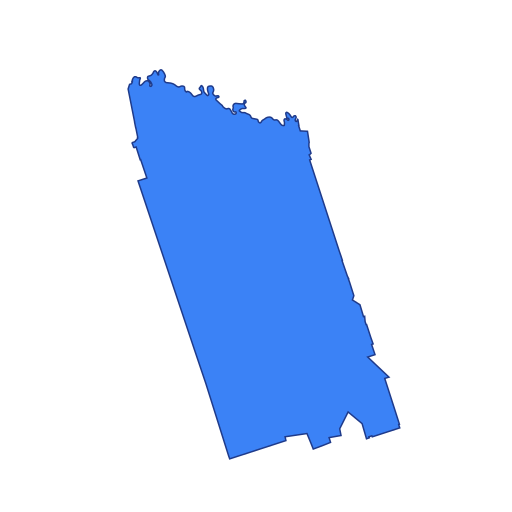 Reynosa, Tamaulipas, Mexico (Equal Earth projection), rotated 342°
{"feature_id": "50627088B72181114245692", "entity_name": "Reynosa", "entity_type": "district", "adm_level": 2, "iso_a3": "MEX", "parent_name": "Mexico", "parent_adm1": "Tamaulipas", "projection": "equal_earth", "projection_center": [-98.326, 25.837], "detail": "fine", "context": "isolated", "style": "filled", "palette": "blue", "viewbox_px": 512, "rotation_deg": 342, "n_neighbors": 0, "source": "geoboundaries", "source_scale": "gbopen_adm2", "svg_char_len": 5909}
<svg xmlns="http://www.w3.org/2000/svg" viewBox="0 0 512 512"><g transform="rotate(342 256 256)"><path d="M168.5,325.4L168.9,361.9L168.2,437.7L168.3,440.8L227.4,440.8L227.8,436.9L249.6,440.6L250.4,450.9L250.8,457.3L261.9,456.8L269.3,456.3L269.4,451.3L281.4,453.0L282.2,446.2L295.4,432.8L305.1,448.2L304.6,464.0L307.6,463.9L307.5,462.8L310.6,462.8L310.7,463.9L339.6,463.9L339.6,460.4L340.4,460.4L340.5,445.6L340.6,412.2L345.0,412.3L331.0,386.6L338.7,386.6L338.6,375.8L340.2,375.8L340.0,369.0L340.0,355.4L339.5,355.3L339.5,352.1L340.7,346.9L339.5,346.9L339.8,334.5L334.1,327.6L336.8,324.0L336.9,310.0L336.8,306.2L337.1,306.2L336.7,303.3L336.4,287.0L336.8,286.9L336.8,282.2L336.8,281.9L336.7,277.5L336.7,181.2L338.3,181.1L337.8,176.3L338.1,176.3L340.1,175.3L340.1,174.7L340.1,168.4L340.8,166.2L341.1,165.3L341.6,164.6L341.8,163.7L343.5,153.3L336.8,150.7L336.8,145.3L337.1,145.3L338.0,139.2L337.8,138.9L336.6,140.3L336.1,140.5L335.8,140.5L335.5,140.1L335.3,139.9L335.2,139.3L335.3,138.8L335.4,138.5L335.9,137.9L336.6,137.2L337.0,136.6L337.1,136.3L337.1,135.8L336.9,135.0L336.8,134.8L336.3,134.6L335.6,134.5L334.7,134.9L334.0,135.4L333.5,135.5L333.0,135.3L332.8,135.1L332.5,134.5L332.0,132.5L331.3,130.8L330.8,130.0L329.7,128.8L329.1,128.9L328.7,129.1L328.5,129.3L328.3,130.0L328.2,130.7L328.1,132.6L328.0,133.6L328.0,134.0L328.4,134.5L329.2,135.0L329.4,135.3L329.6,135.9L329.6,136.2L329.4,136.5L329.0,136.9L328.4,136.9L328.2,136.7L327.5,135.5L327.0,135.0L326.7,134.8L326.1,134.6L325.6,134.5L325.4,134.6L324.7,135.3L324.5,135.9L324.3,138.0L323.6,139.8L323.3,140.5L322.8,140.6L322.1,140.3L321.2,139.8L320.8,139.3L320.3,138.3L319.1,134.8L318.6,133.8L318.4,133.5L318.1,133.2L317.5,132.8L315.6,132.4L315.1,132.0L314.5,131.3L314.2,130.5L313.7,129.5L313.1,128.8L312.2,128.2L311.2,127.9L310.2,127.7L309.1,127.7L308.2,127.8L306.1,128.5L304.2,128.9L303.2,129.4L302.2,130.3L301.9,130.5L301.2,130.7L300.9,130.6L300.5,130.4L300.1,129.8L299.8,129.1L299.8,127.3L299.7,126.9L299.2,126.3L295.1,124.0L294.5,123.4L294.2,122.7L294.1,121.3L293.9,120.6L293.8,120.3L293.4,119.7L293.0,119.2L291.2,117.7L289.9,116.4L289.4,116.1L287.3,115.4L286.7,115.1L286.3,114.7L285.8,113.9L285.2,113.3L285.0,113.0L285.0,112.8L285.1,112.5L285.5,112.1L287.5,111.5L288.7,111.5L290.3,112.1L290.9,112.3L291.8,112.3L292.2,112.1L292.3,111.8L292.3,111.6L291.8,110.3L291.6,109.2L291.6,108.5L291.8,108.0L292.4,107.3L293.6,107.0L293.9,106.7L294.1,106.5L294.2,105.9L294.2,105.3L294.1,104.8L293.9,104.5L293.2,104.5L292.7,104.7L292.4,105.3L291.9,106.4L291.6,106.7L291.2,107.0L290.6,107.2L290.3,107.2L289.5,107.0L286.8,105.9L284.0,104.6L283.3,104.5L282.8,104.5L282.2,104.6L281.7,104.9L281.2,105.2L280.5,106.2L280.4,106.5L280.3,107.6L280.2,107.9L279.2,109.5L279.1,109.9L279.1,110.4L279.2,111.1L279.4,111.7L279.7,112.1L280.0,112.3L280.4,112.5L281.0,112.5L281.4,112.8L281.5,113.3L281.4,113.9L281.0,114.4L280.5,114.6L279.1,114.5L278.4,114.1L277.9,113.5L277.5,112.7L277.3,111.0L276.9,109.5L276.8,108.9L276.6,108.2L276.1,107.6L275.5,107.2L275.2,107.1L274.1,107.1L273.2,106.9L272.0,105.9L271.8,105.6L271.2,104.7L270.6,103.6L270.4,102.4L270.2,102.1L268.8,99.9L266.3,95.3L266.2,94.8L266.3,94.3L266.5,94.0L266.8,93.7L267.1,93.6L267.6,93.5L269.0,93.6L269.5,93.5L269.9,93.2L270.0,92.8L269.9,92.5L269.6,92.0L269.1,91.8L268.3,91.6L267.4,91.6L266.9,91.4L266.5,91.1L266.0,90.5L265.4,89.4L265.2,88.4L265.1,88.0L265.2,87.6L265.4,87.3L266.1,86.6L266.6,85.9L267.1,85.0L267.3,84.0L267.3,83.0L267.3,82.4L267.1,81.8L266.6,80.9L266.3,80.7L265.8,80.4L264.6,80.1L263.1,80.0L262.4,80.4L262.1,80.7L261.6,81.7L261.3,82.7L261.2,83.4L261.1,84.5L261.1,87.2L260.9,87.8L260.7,88.1L260.1,88.4L259.8,88.5L259.5,88.5L259.3,88.3L258.5,86.8L257.4,84.4L257.2,83.3L257.3,82.7L257.7,80.3L257.7,79.1L257.6,78.7L257.1,77.4L257.0,77.2L256.7,77.1L256.3,77.2L255.8,77.5L255.0,78.3L254.2,78.7L253.8,79.2L253.8,80.1L254.7,81.6L254.9,82.1L255.0,82.6L254.9,83.8L254.8,84.2L254.6,84.5L254.1,85.0L253.3,85.2L250.7,85.1L249.6,85.3L247.6,85.5L246.9,85.4L246.2,85.0L245.8,84.6L245.4,84.0L244.4,81.3L244.1,80.7L243.5,79.8L242.7,78.9L241.6,78.2L241.3,78.2L240.7,78.6L240.4,78.5L240.1,77.9L239.8,77.4L239.7,76.9L239.6,76.1L239.8,75.1L240.1,73.9L240.2,73.2L239.9,72.6L239.7,72.3L238.9,71.8L238.0,71.4L236.6,71.3L235.7,71.5L235.1,71.4L234.7,71.4L234.0,70.9L233.1,70.2L231.7,68.1L230.8,67.1L230.2,66.5L228.3,65.2L224.3,63.4L223.9,63.1L223.3,62.2L223.0,61.5L223.0,61.2L223.3,60.0L224.0,58.7L224.9,57.8L225.1,57.4L225.3,57.1L225.4,56.1L225.3,54.6L225.0,52.9L224.7,51.9L223.9,50.1L223.6,49.8L223.2,49.6L222.8,49.5L222.2,49.6L221.4,50.0L221.0,50.3L220.4,50.8L220.0,51.4L219.7,52.0L219.6,52.5L219.5,53.3L219.4,53.6L219.1,53.6L218.9,53.6L218.7,53.0L218.6,51.5L218.4,50.3L218.2,49.8L217.8,49.1L217.5,48.8L217.1,48.7L216.7,48.6L216.1,48.8L215.6,49.1L214.4,50.4L213.2,51.2L212.2,51.7L211.1,51.8L209.1,51.8L208.6,51.9L208.3,52.2L208.0,52.7L207.8,53.2L207.8,53.8L207.8,54.5L207.9,55.0L208.8,56.2L209.5,57.6L209.7,58.2L209.9,59.5L210.0,60.5L209.9,61.1L209.6,61.6L209.0,62.0L208.7,62.2L208.4,62.2L207.7,61.8L207.6,61.6L207.6,61.4L207.6,61.1L208.1,60.4L208.4,59.6L208.5,58.8L208.3,57.8L208.0,57.0L207.4,56.1L207.0,55.8L205.5,55.5L204.7,55.6L203.6,56.0L201.8,57.0L199.9,57.9L199.1,58.0L198.4,57.8L198.1,57.2L198.1,56.8L198.3,55.9L199.8,52.6L200.0,52.3L200.3,52.1L200.7,51.6L200.9,51.2L200.9,50.8L200.8,50.6L198.9,50.1L197.9,49.3L197.3,48.5L196.9,48.3L195.9,48.0L195.1,48.3L194.7,48.4L193.7,49.3L193.2,49.8L192.9,50.2L192.7,50.8L192.6,51.4L192.5,51.6L192.3,51.7L191.9,51.6L191.9,52.6L191.6,52.7L191.0,53.6L190.8,53.7L188.8,53.7L186.0,57.6L185.9,58.4L185.4,62.5L182.0,90.9L181.9,91.0L181.2,97.0L181.3,97.1L180.2,106.5L179.8,106.9L179.9,107.3L179.7,107.7L178.4,108.4L177.8,108.8L177.2,109.0L176.4,109.8L175.2,109.9L173.5,109.9L173.2,110.1L173.0,110.4L173.1,111.4L173.2,112.9L173.2,114.8L173.3,115.0L173.6,115.3L175.7,115.3L175.6,128.7L176.1,128.7L176.3,148.1L167.0,148.1L168.5,325.4Z" fill="#3b82f6" stroke="#1e3a8a" stroke-width="1.5"/></g></svg>